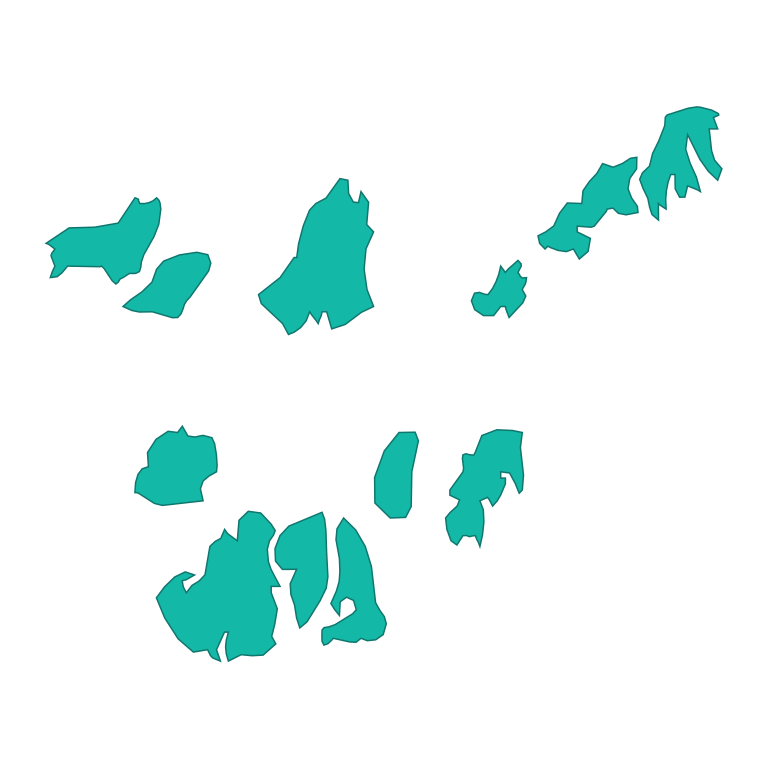 SVG path tracing the border of Bolama
{"feature_id": "GNB-770", "entity_name": "Bolama", "entity_type": "Region", "adm_level": 1, "iso_a3": "GNB", "parent_name": "Guinea-Bissau", "parent_adm1": "", "projection": "equal_earth", "projection_center": [-15.897, 11.361], "detail": "fine", "context": "isolated", "style": "filled", "palette": "teal", "viewbox_px": 768, "rotation_deg": 0, "n_neighbors": 0, "source": "natural_earth", "source_scale": "10m", "svg_char_len": 5230}
<svg xmlns="http://www.w3.org/2000/svg" viewBox="0 0 768 768"><path d="M280.0,586.4L271.2,586.4L271.2,592.7L277.3,608.8L274.8,624.0L271.7,636.4L275.8,643.9L263.1,655.1L252.1,655.7L241.1,654.7L228.4,661.1L226.3,653.8L225.6,646.9L226.3,640.0L228.4,632.1L224.5,632.1L216.5,649.7L220.4,661.1L212.6,657.9L210.5,655.6L207.6,649.7L193.4,652.1L178.1,638.8L164.7,617.9L156.4,597.8L164.6,586.8L174.7,577.0L185.2,571.9L194.5,575.0L186.0,579.8L182.2,580.7L182.8,584.4L183.4,587.0L184.5,589.4L186.4,592.7L192.0,585.4L199.0,581.1L205.0,574.8L209.9,546.4L215.2,541.4L220.8,538.4L224.6,529.4L227.7,533.7L237.3,540.8L239.0,520.3L248.3,511.3L260.7,513.0L271.2,524.2L275.2,530.5L273.4,535.3L269.5,540.8L267.3,549.3L268.4,561.7L271.1,569.5L280.0,586.4ZM296.7,257.6L298.6,243.7L303.3,225.8L309.6,210.1L315.9,203.5L326.0,198.1L340.0,178.6L347.9,180.2L348.6,193.4L353.3,202.1L358.5,202.6L361.0,191.6L368.6,202.3L366.7,224.6L373.6,231.9L366.0,248.8L364.1,269.1L367.0,289.5L373.6,306.5L361.4,312.3L345.3,324.4L331.7,328.9L326.7,311.8L322.1,311.8L321.2,315.7L319.4,319.8L318.2,323.6L316.2,320.6L311.7,314.9L309.7,311.8L306.1,320.9L300.6,327.6L294.3,332.1L288.5,334.5L282.6,323.6L261.3,303.6L258.5,294.6L280.1,277.6L294.1,257.5L296.7,257.6ZM139.5,271.5L135.7,273.4L129.3,273.5L123.0,277.6L120.2,278.9L118.2,282.2L115.8,284.0L112.1,280.6L104.0,268.4L101.5,266.1L100.1,266.7L67.6,266.1L62.0,272.8L57.1,276.7L50.3,277.6L52.2,271.9L54.9,266.1L51.0,255.7L51.8,253.3L54.9,249.0L48.8,244.4L46.1,243.3L69.1,227.9L94.7,227.2L118.2,223.1L135.0,197.8L137.9,198.9L138.5,199.4L138.5,200.4L139.7,203.5L144.3,203.6L148.9,202.7L153.1,200.8L156.6,197.8L158.9,200.2L160.0,202.8L160.8,209.1L158.8,224.2L154.0,236.6L143.8,254.7L141.4,262.0L140.8,267.0L139.5,271.5ZM522.3,432.5L520.4,447.5L523.5,475.0L522.3,490.0L519.2,493.2L515.4,483.8L509.6,473.0L500.7,471.8L500.7,478.1L505.4,478.1L505.4,483.8L500.7,495.0L497.3,500.8L492.6,506.1L489.2,499.5L487.5,497.4L479.9,500.8L483.3,509.7L483.9,521.8L482.5,534.9L479.9,546.5L478.6,542.9L476.6,539.0L475.3,535.6L471.5,536.1L470.1,536.6L469.1,536.6L466.8,535.6L463.0,535.6L456.9,545.0L451.0,540.7L446.9,529.4L445.6,518.0L450.0,512.6L457.1,506.1L459.6,499.9L449.9,495.2L449.9,490.0L463.0,471.8L463.6,468.2L462.4,458.3L463.0,454.8L465.9,453.8L470.1,454.8L473.7,455.1L475.3,452.2L481.9,435.5L496.8,429.8L512.6,430.5L522.3,432.5ZM718.7,115.2L713.4,117.5L717.7,128.9L709.2,128.9L711.6,150.8L714.6,160.2L721.9,168.8L717.7,180.2L708.4,171.4L700.0,159.5L687.6,134.6L685.7,149.3L690.1,163.2L696.3,176.9L700.4,191.6L697.4,189.8L687.6,185.9L684.9,197.1L679.6,197.2L675.2,188.8L675.0,174.5L670.7,174.5L668.1,182.1L666.4,190.6L665.7,199.7L666.1,209.1L660.6,205.5L658.4,203.5L658.5,220.1L652.0,214.5L649.6,207.1L647.8,198.2L643.2,188.7L639.7,179.4L642.4,172.9L649.5,166.1L652.6,153.5L658.9,140.6L664.8,125.5L665.3,117.2L667.2,114.9L688.3,108.2L696.9,106.9L700.2,107.2L711.7,110.1L718.5,113.7L718.7,115.2ZM203.1,500.8L162.4,505.4L154.4,503.4L137.8,492.8L134.9,492.6L135.6,482.6L138.0,474.4L142.2,468.8L148.4,466.7L147.5,452.5L156.1,439.3L168.1,431.3L177.6,432.5L182.3,426.2L187.9,436.0L194.9,437.0L203.0,435.4L211.9,437.7L214.6,443.7L216.4,454.6L217.1,465.5L216.5,471.8L209.2,475.9L203.1,481.0L200.4,488.8L203.1,500.8ZM343.6,518.0L355.7,530.0L365.2,546.3L371.4,566.4L375.6,602.7L380.0,610.6L384.3,616.6L386.3,623.7L383.2,634.6L375.7,639.8L367.3,640.7L361.0,638.3L356.0,642.3L349.5,641.9L333.2,638.3L331.7,640.2L327.9,643.7L323.9,645.1L322.0,641.1L321.9,634.3L322.1,629.9L324.1,627.6L328.8,626.9L335.2,624.6L352.6,613.8L356.3,609.7L353.5,600.4L346.5,597.2L340.2,601.8L339.4,615.4L334.8,609.8L330.9,603.5L336.4,591.1L339.2,581.3L339.9,571.3L339.4,558.4L336.0,539.7L337.0,528.8L343.6,518.0ZM636.8,157.3L636.6,168.8L629.8,178.4L628.0,188.7L631.6,198.0L637.4,206.4L638.0,212.5L626.1,214.8L618.3,213.3L613.0,208.1L607.2,209.1L606.3,211.4L594.2,226.2L591.1,227.2L577.2,226.2L577.2,231.9L590.4,238.4L588.1,251.4L579.3,259.0L573.4,249.0L566.4,251.6L558.0,250.4L551.0,247.8L547.9,246.2L545.0,249.0L539.7,243.5L538.0,235.8L545.7,231.9L553.8,225.9L559.5,213.3L567.3,203.0L581.8,203.5L583.0,190.8L589.3,181.6L596.9,173.4L602.6,163.6L613.1,167.2L622.4,163.5L630.4,158.3L636.8,157.3ZM326.6,552.2L327.9,576.8L326.2,588.2L320.1,600.7L307.0,621.9L299.8,627.9L296.6,618.0L294.5,604.8L290.9,594.5L290.2,583.8L296.6,569.3L282.4,569.4L275.5,561.1L275.0,548.6L280.0,535.6L288.9,526.1L322.0,512.3L324.6,519.2L325.9,530.4L326.6,552.2ZM152.3,311.8L139.3,312.0L131.9,310.5L123.0,306.5L130.5,299.8L141.8,292.0L152.0,282.1L156.6,269.2L163.6,261.1L179.6,254.9L196.9,252.3L207.8,254.7L210.8,263.1L208.6,271.0L190.2,296.9L186.6,300.8L184.4,304.5L182.9,309.2L181.0,313.9L177.7,317.5L172.4,317.7L152.3,311.8ZM399.0,432.5L415.1,432.2L418.4,440.8L411.8,471.8L411.2,506.5L405.6,517.4L390.2,518.0L374.9,503.0L374.6,477.5L384.3,450.9L399.0,432.5ZM518.0,272.4L519.3,274.3L520.4,276.5L522.5,278.0L526.5,277.6L526.0,281.5L525.3,284.0L522.2,289.5L525.8,296.1L522.8,302.8L509.1,317.5L506.1,309.7L505.3,306.5L500.7,306.5L493.6,315.6L483.5,315.6L474.7,309.6L471.4,300.8L474.5,293.2L479.5,292.4L484.7,294.3L488.0,294.6L492.6,288.4L496.1,281.6L498.8,274.2L500.7,266.1L505.3,272.4L508.5,268.8L518.0,260.4L521.1,263.8L521.2,266.2L518.0,272.4Z" fill="#14b8a6" stroke="#0f766e" stroke-width="1.5"/></svg>